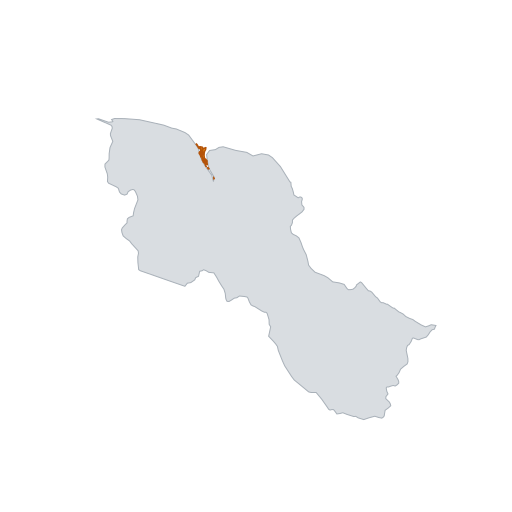 Essequibo I./L.B.E.River, Essequibo Islands-West Demerara, Guyana (highlighted), rotated 323°
{"feature_id": "73187651B51062108887281", "entity_name": "Essequibo I./L.B.E.River", "entity_type": "district", "adm_level": 2, "iso_a3": "GUY", "parent_name": "Guyana", "parent_adm1": "Essequibo Islands-West Demerara", "projection": "equal_earth", "projection_center": [-58.518, 6.771], "detail": "fine", "context": "in_parent", "style": "filled", "palette": "amber", "viewbox_px": 512, "rotation_deg": 323, "n_neighbors": 0, "source": "geoboundaries", "source_scale": "gbopen_adm2", "svg_char_len": 6208}
<svg xmlns="http://www.w3.org/2000/svg" viewBox="0 0 512 512"><g transform="rotate(323 256 256)"><path d="M181.0,237.4L172.2,224.3L163.4,211.1L154.7,198.1L154.1,196.3L157.8,190.1L161.0,185.6L163.8,183.1L165.0,180.9L164.1,171.4L164.1,167.9L162.9,164.2L162.0,160.0L163.1,156.5L164.4,154.1L166.1,153.1L170.1,152.3L173.0,151.9L174.0,150.5L175.7,148.9L177.9,148.8L182.1,150.0L184.1,147.9L187.6,145.0L195.5,140.1L197.3,136.9L198.5,131.9L198.4,129.6L197.6,128.7L195.6,127.9L192.6,127.7L190.2,129.0L187.7,128.3L185.7,125.3L185.5,122.7L186.8,119.1L186.1,116.8L182.1,109.2L182.2,107.1L185.0,103.8L186.7,100.9L188.9,94.0L190.7,91.7L196.2,90.9L197.6,89.4L200.4,85.8L204.6,81.6L210.6,78.3L212.3,72.2L213.4,70.6L218.2,67.4L219.0,65.7L218.9,64.2L211.3,50.7L212.8,51.6L218.7,60.4L222.0,62.4L222.7,62.4L222.8,60.1L225.8,61.1L233.6,67.1L245.0,77.1L261.1,96.0L265.7,103.2L268.8,106.6L273.6,114.8L275.0,118.9L274.8,134.9L270.6,145.8L269.5,153.9L269.3,164.8L266.8,171.0L270.1,167.6L271.1,157.8L273.9,151.9L277.5,145.3L282.4,143.8L287.6,146.6L291.8,147.0L295.5,149.0L303.3,159.4L311.0,167.7L313.8,174.3L322.0,177.7L326.8,182.9L328.3,187.4L329.3,199.3L327.7,217.2L328.2,218.1L326.0,221.6L325.6,223.9L324.1,227.8L323.0,230.0L324.7,234.9L326.5,235.2L327.2,235.8L327.7,236.8L327.6,237.8L326.8,238.8L325.1,240.0L323.4,242.8L323.6,246.0L322.5,247.6L319.2,248.5L312.6,248.5L309.3,248.7L306.8,249.2L305.1,251.3L302.9,252.7L301.2,253.0L299.7,255.4L298.2,258.8L298.7,261.1L300.3,264.1L301.2,267.3L300.0,272.4L298.7,276.3L297.9,279.3L296.9,285.1L294.3,291.4L292.5,295.0L292.5,299.0L293.4,304.5L298.6,312.7L300.3,316.6L301.7,322.8L306.4,327.7L309.3,331.7L309.1,336.9L309.5,338.5L311.3,339.8L313.5,340.9L316.0,340.8L318.1,340.3L318.7,339.6L323.7,339.5L324.3,340.8L324.6,348.4L324.8,351.4L326.0,352.6L326.7,354.5L326.8,356.2L327.0,360.4L327.7,362.7L327.6,367.2L328.1,368.8L329.5,369.9L331.3,373.2L332.0,373.6L332.3,374.7L333.8,379.3L334.6,380.7L335.1,380.9L335.4,382.5L336.5,386.8L337.2,387.9L338.6,391.0L339.2,394.5L341.1,398.3L343.0,401.1L343.8,403.9L346.3,410.2L348.7,414.6L351.9,415.7L354.5,416.3L356.2,418.0L357.9,419.8L356.1,420.7L354.5,421.8L352.3,420.9L349.3,421.4L346.1,422.6L343.2,423.2L337.6,421.3L335.9,421.0L334.8,420.1L332.5,416.3L331.4,415.8L328.5,417.6L324.9,418.9L323.2,418.6L321.1,419.9L319.2,421.7L315.6,429.3L313.7,431.9L311.7,433.2L307.6,433.1L303.3,433.4L300.1,435.2L297.0,436.2L295.5,436.3L295.0,440.4L294.3,442.4L293.4,443.5L291.0,443.8L288.9,443.6L287.6,441.9L285.2,441.0L283.1,440.4L281.7,439.4L280.6,439.7L279.7,441.4L279.0,442.9L278.4,445.6L275.1,446.5L273.8,448.0L274.6,453.1L274.2,455.1L273.5,456.7L269.7,457.0L266.3,456.9L264.4,458.7L262.1,460.9L260.6,461.3L258.9,461.2L256.7,458.7L254.5,455.5L249.1,453.3L243.6,451.5L240.1,446.6L239.2,444.1L237.5,443.1L233.3,437.2L231.0,433.4L228.4,432.4L225.5,430.8L225.6,428.1L225.5,425.4L224.2,424.3L222.4,423.6L221.8,422.2L222.0,418.7L222.3,409.8L221.9,401.2L218.0,398.3L216.3,396.3L213.3,383.7L211.9,378.0L211.9,373.7L212.8,361.1L214.0,355.7L217.0,344.8L218.7,341.1L218.8,338.3L218.6,334.7L217.8,327.7L222.9,323.3L225.1,321.4L225.4,318.5L228.1,314.7L229.4,311.2L230.4,308.4L230.1,306.9L228.9,306.0L227.5,303.4L224.6,295.7L223.5,294.1L222.6,292.0L223.1,288.6L224.2,284.9L224.1,283.3L222.3,281.3L218.7,278.0L215.6,277.8L213.3,276.6L209.9,276.4L207.1,276.1L205.6,274.8L205.9,272.8L206.6,271.2L208.9,267.4L210.4,263.2L210.6,259.2L211.1,253.9L211.8,249.3L212.2,244.1L208.5,240.7L207.4,237.9L205.9,235.4L204.2,235.4L201.8,234.3L197.9,237.6L194.8,237.0L192.7,238.2L187.9,238.0L184.8,236.4L181.0,237.4Z" fill="#d9dde1" stroke="#a8b0b8" stroke-width="1"/><path d="M281.1,139.5L281.0,139.2L280.1,138.9L279.3,138.8L279.0,138.6L277.5,139.0L277.3,139.2L276.9,140.0L275.6,141.7L275.4,142.0L275.4,142.8L275.5,143.9L276.2,143.0L277.6,141.7L278.5,141.2L279.6,140.8L279.8,140.7L280.1,140.0L281.0,139.6L281.1,139.5ZM275.1,143.1L275.0,142.6L274.8,142.4L274.6,142.4L274.1,143.0L273.8,143.1L273.5,143.3L273.2,143.7L272.9,144.6L272.7,145.1L272.6,146.2L272.0,148.0L271.8,148.4L271.6,149.6L271.5,152.0L272.1,150.8L272.3,149.5L272.7,148.6L273.2,147.9L273.4,147.1L273.8,146.6L274.2,146.0L274.7,144.9L275.1,143.9L275.2,143.5L275.1,143.1ZM278.6,136.8L278.1,136.2L277.1,135.1L276.7,134.9L276.6,135.1L276.5,136.2L276.3,136.8L275.3,138.6L275.1,139.0L274.9,139.8L274.8,140.3L273.6,141.8L273.5,142.2L273.6,142.4L274.8,141.6L275.2,141.2L277.0,138.8L277.6,138.0L278.5,137.4L278.6,137.0L278.6,136.8ZM274.1,139.1L273.8,139.1L273.5,139.3L273.4,139.7L272.7,140.6L272.2,142.1L272.0,142.6L271.7,143.5L271.6,144.0L271.6,144.3L271.8,143.9L272.8,141.9L273.8,140.4L274.0,139.9L274.1,139.1ZM275.9,131.0L275.8,130.7L275.5,130.8L275.5,131.2L275.4,133.7L275.1,135.2L275.3,135.6L275.6,135.0L275.6,134.0L275.9,132.2L275.9,131.0ZM274.0,148.1L273.9,148.0L273.5,148.7L273.0,150.2L273.1,150.5L274.0,148.9L274.0,148.5L274.0,148.1ZM271.4,148.6L271.3,148.1L271.2,148.0L271.1,148.4L271.0,149.5L271.1,150.2L271.3,150.3L271.3,150.1L271.4,148.6ZM272.0,145.0L271.4,145.6L271.2,146.4L271.3,146.5L271.9,145.9L272.0,145.7L272.0,145.0ZM273.2,139.1L272.8,139.3L272.3,140.0L272.3,140.3L272.3,140.6L272.6,140.4L273.2,139.2L273.2,139.1ZM270.8,148.7L270.7,148.5L270.4,149.0L270.5,149.7L270.5,150.0L270.6,150.3L270.8,149.9L270.9,149.1L270.8,148.7ZM273.1,151.8L273.1,151.6L272.9,151.8L272.5,152.4L272.4,152.8L272.5,153.0L273.1,152.0L273.1,151.8ZM270.9,156.5L270.7,156.5L270.6,156.8L270.7,157.5L270.9,157.6L270.9,157.1L270.9,156.7L270.9,156.5ZM271.2,151.6L271.1,151.3L270.9,152.2L270.9,152.6L271.1,152.4L271.2,151.9L271.2,151.6ZM272.7,150.9L272.1,151.4L272.1,151.7L272.7,151.1L272.7,150.9ZM273.8,150.2L273.6,150.4L273.4,150.6L273.2,151.0L273.3,151.0L273.8,150.5L273.8,150.2ZM270.5,157.3L270.3,157.2L270.3,157.3L270.4,158.5L270.5,157.9L270.5,157.3ZM272.8,149.3L272.7,149.4L272.8,149.7L272.5,150.3L272.8,150.0L272.9,149.6L272.8,149.3ZM271.0,147.0L270.8,147.3L270.8,147.7L271.0,147.6L271.0,147.3L271.0,147.0ZM270.2,153.4L270.0,154.1L270.0,154.4L270.1,154.5L270.3,153.8L270.2,153.4ZM269.0,168.9L269.3,168.8L269.3,168.2L269.2,168.3L269.0,168.9L269.0,168.9ZM272.1,152.6L272.0,152.8L271.9,153.0L272.0,153.2L272.3,152.6L272.1,152.6ZM274.1,150.5L273.7,151.1L274.0,150.9L274.1,150.7L274.1,150.5Z" fill="#f59e0b" stroke="#b45309" stroke-width="1.5"/></g></svg>